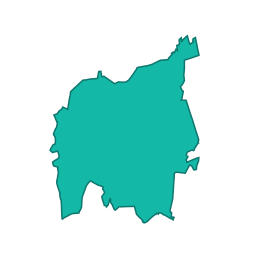 Laidzes pag., Talsi, Latvia (Robinson projection), rotated 100°
{"feature_id": "27541924B38806240468878", "entity_name": "Laidzes pag.", "entity_type": "district", "adm_level": 2, "iso_a3": "LVA", "parent_name": "Latvia", "parent_adm1": "Talsi", "projection": "robinson", "projection_center": [22.64, 57.292], "detail": "fine", "context": "isolated", "style": "filled", "palette": "teal", "viewbox_px": 256, "rotation_deg": 100, "n_neighbors": 0, "source": "geoboundaries", "source_scale": "gbopen_adm2", "svg_char_len": 5412}
<svg xmlns="http://www.w3.org/2000/svg" viewBox="0 0 256 256"><g transform="rotate(100 128 128)"><path d="M27.2,77.3L28.8,79.4L30.9,79.3L31.8,78.5L34.8,81.6L34.7,81.8L34.3,82.0L32.4,83.0L31.1,83.6L26.9,85.6L27.2,85.9L27.9,86.5L28.4,87.0L28.5,87.0L28.8,87.1L31.3,89.2L32.8,89.6L33.3,90.4L29.9,91.2L31.8,92.8L33.1,92.9L34.6,92.2L36.9,92.1L38.3,94.3L43.1,92.8L42.6,93.7L42.1,94.4L44.0,95.0L46.0,95.6L45.4,96.6L46.5,97.0L46.1,97.5L47.2,98.2L48.2,97.6L49.8,98.6L51.9,100.0L52.0,100.0L53.7,100.6L53.8,100.6L54.6,103.8L55.6,107.8L55.8,108.0L56.5,109.1L59.4,113.0L59.5,113.1L61.0,115.1L63.5,120.1L63.7,121.0L65.1,124.7L66.0,127.2L66.5,128.7L66.9,129.2L67.1,129.5L67.8,129.7L69.0,129.9L70.8,130.9L71.8,131.3L74.3,132.4L77.4,133.9L79.1,134.8L80.8,135.7L81.6,136.6L83.1,138.0L83.8,141.2L84.1,143.8L84.1,144.0L84.3,145.4L84.4,145.5L84.5,145.8L85.5,147.1L85.5,147.3L86.0,147.8L86.6,148.7L86.7,148.9L85.6,151.3L82.6,157.7L81.2,160.8L81.5,161.1L82.0,161.9L82.0,162.2L82.0,162.6L81.5,162.9L81.1,163.1L80.0,163.4L79.2,163.6L78.8,163.9L78.1,164.4L76.9,164.5L77.0,165.0L77.5,166.6L80.4,166.7L81.3,166.7L84.3,166.6L84.5,167.0L85.2,169.3L85.5,169.9L85.7,171.5L86.4,173.8L86.7,174.5L86.9,175.2L87.2,176.0L87.3,176.1L87.3,176.3L87.6,176.9L87.7,177.2L87.9,177.6L88.4,179.5L88.7,180.7L91.6,182.9L91.8,183.1L92.1,183.3L97.7,187.4L97.8,187.6L100.1,189.3L102.2,190.8L103.3,190.8L104.8,190.7L105.4,190.5L107.4,190.7L109.7,190.8L114.1,190.7L120.1,190.7L120.0,190.9L119.8,191.7L119.5,192.5L119.2,194.0L118.8,195.2L118.8,195.7L118.8,196.1L119.6,196.0L119.8,196.0L120.1,196.1L120.5,196.3L121.0,196.7L121.3,197.0L121.7,197.3L122.7,198.3L123.1,198.7L123.7,199.0L124.7,199.5L125.8,200.0L126.1,200.3L126.4,200.5L126.7,200.8L126.9,201.1L127.2,201.8L128.1,203.2L130.0,201.9L134.4,199.1L134.3,198.8L135.0,198.7L136.1,198.4L139.4,198.5L139.9,198.5L140.9,199.0L141.9,199.4L145.4,200.1L146.4,200.3L146.9,200.3L147.2,200.3L147.5,200.2L148.2,199.4L149.2,198.6L150.0,198.1L150.6,197.8L151.2,197.6L154.3,197.1L156.5,197.0L156.6,197.3L156.8,197.7L157.4,198.8L160.8,200.2L161.8,200.5L163.6,200.8L163.9,200.3L165.3,198.0L164.9,197.3L164.4,196.2L163.0,193.3L163.6,192.9L164.1,192.6L166.2,191.6L166.8,191.3L167.2,191.2L167.7,191.1L169.5,190.9L170.5,191.9L171.7,193.3L173.2,194.9L174.2,195.9L174.6,196.3L175.5,196.1L176.5,195.5L177.1,195.1L178.2,194.8L178.6,191.9L178.8,190.2L180.0,190.2L180.5,190.1L181.5,189.8L182.3,189.5L183.2,189.1L183.6,188.9L184.0,188.9L184.4,188.8L185.0,188.8L186.8,188.9L188.9,188.8L190.2,188.8L193.0,188.9L193.5,188.9L194.3,188.6L195.3,188.3L196.5,187.7L197.8,187.1L198.9,186.5L201.1,185.3L201.9,184.9L203.5,183.9L203.7,184.1L204.2,183.9L205.3,183.6L208.8,182.5L209.2,182.3L210.7,181.4L211.2,181.2L214.7,180.3L223.2,178.5L228.7,177.2L229.1,176.9L228.1,175.8L227.6,175.4L224.0,170.8L222.4,168.8L222.4,168.6L222.1,168.1L221.9,167.7L221.6,166.7L221.3,165.5L221.0,164.0L220.4,162.2L220.3,161.6L219.3,161.4L217.9,161.5L217.7,160.9L214.8,160.1L212.6,160.2L207.5,160.8L204.9,161.1L203.0,160.9L191.8,158.9L188.9,157.4L186.9,156.1L186.6,155.8L187.3,153.9L189.4,147.7L189.8,144.8L190.1,143.4L190.3,142.4L192.6,142.3L193.6,141.2L195.8,139.8L200.2,141.9L201.4,141.4L203.7,140.3L207.2,138.4L208.4,137.9L208.4,135.9L209.4,135.5L208.0,134.6L207.6,134.3L200.9,133.3L200.2,133.2L201.1,132.9L203.7,132.3L204.2,132.1L204.7,131.8L205.1,131.5L205.9,130.6L206.3,130.2L207.1,129.7L209.6,128.1L210.4,127.6L210.5,127.5L210.7,127.3L210.8,127.1L210.9,126.9L211.1,126.4L210.4,125.7L210.1,125.3L207.4,123.4L207.2,123.1L207.0,122.8L206.9,122.5L206.9,121.6L206.8,121.0L206.5,119.8L205.8,116.6L204.1,108.1L211.5,104.6L213.4,102.1L214.0,101.2L216.6,97.4L217.8,97.5L218.7,95.6L216.9,92.9L212.3,89.6L209.8,87.5L207.9,85.7L208.1,85.4L206.9,84.9L206.9,84.1L207.5,83.3L207.6,83.2L207.1,82.9L206.3,82.9L206.0,82.8L206.1,80.7L206.1,80.1L206.2,79.8L206.3,79.5L206.5,79.3L207.1,78.7L207.2,78.4L207.3,78.1L207.3,77.1L207.3,76.9L207.7,75.8L209.7,70.7L209.7,70.4L209.8,69.6L209.8,69.1L210.0,68.8L210.7,67.7L208.0,67.1L207.9,67.3L207.9,70.1L205.3,70.1L203.6,70.5L203.5,71.5L202.4,72.3L190.4,71.7L189.0,71.8L175.3,73.3L169.2,73.9L167.5,74.1L164.3,74.5L163.1,72.7L162.8,67.9L162.7,66.8L162.6,63.8L158.4,62.5L154.5,61.1L154.4,61.2L153.7,60.4L154.5,58.5L155.8,57.5L156.8,56.7L157.9,55.8L157.9,55.7L157.0,53.5L153.2,53.7L147.9,52.8L144.8,53.1L145.5,54.5L146.3,56.0L147.0,57.1L151.5,64.1L151.1,64.3L150.4,64.6L150.0,64.8L149.5,65.0L149.2,65.2L149.0,65.3L148.2,64.8L147.8,64.6L146.4,64.2L146.2,64.1L145.7,64.1L145.8,64.6L145.7,64.8L145.4,65.1L144.6,65.8L144.1,65.8L143.2,65.7L142.3,65.8L142.0,65.6L141.6,65.5L141.4,65.4L141.1,65.2L140.9,64.9L140.5,63.7L140.4,63.6L140.2,63.4L139.9,63.2L139.7,63.1L139.4,62.5L138.9,61.6L138.7,61.2L138.7,60.7L138.7,60.3L138.9,59.9L139.0,59.7L138.9,59.5L138.7,59.3L138.2,59.0L137.9,59.0L137.6,58.9L137.1,58.9L136.7,58.9L136.3,58.8L135.9,58.6L134.6,57.9L133.4,57.6L132.0,56.8L131.2,56.6L130.4,55.9L129.0,56.8L127.7,56.2L126.1,56.9L122.1,59.0L118.8,60.8L114.3,63.1L114.0,63.2L113.9,63.3L109.6,65.5L101.2,70.1L90.6,75.6L91.3,80.4L90.6,80.1L88.8,80.0L86.5,80.0L82.2,79.9L82.1,80.1L82.3,80.2L82.3,80.3L82.2,80.9L80.2,82.2L79.0,83.1L78.1,83.5L77.0,82.8L76.4,82.3L73.7,81.3L71.7,80.7L67.5,81.8L65.9,82.5L65.5,82.3L59.5,82.8L51.7,84.2L51.4,84.2L50.5,82.5L49.2,80.0L48.4,78.7L48.1,78.0L48.0,77.8L46.0,74.2L45.2,72.7L45.0,72.3L44.1,70.7L41.0,71.9L40.9,72.0L39.0,72.8L37.2,73.5L36.0,73.9L30.4,76.1L27.2,77.3Z" fill="#14b8a6" stroke="#0f766e" stroke-width="1.5"/></g></svg>